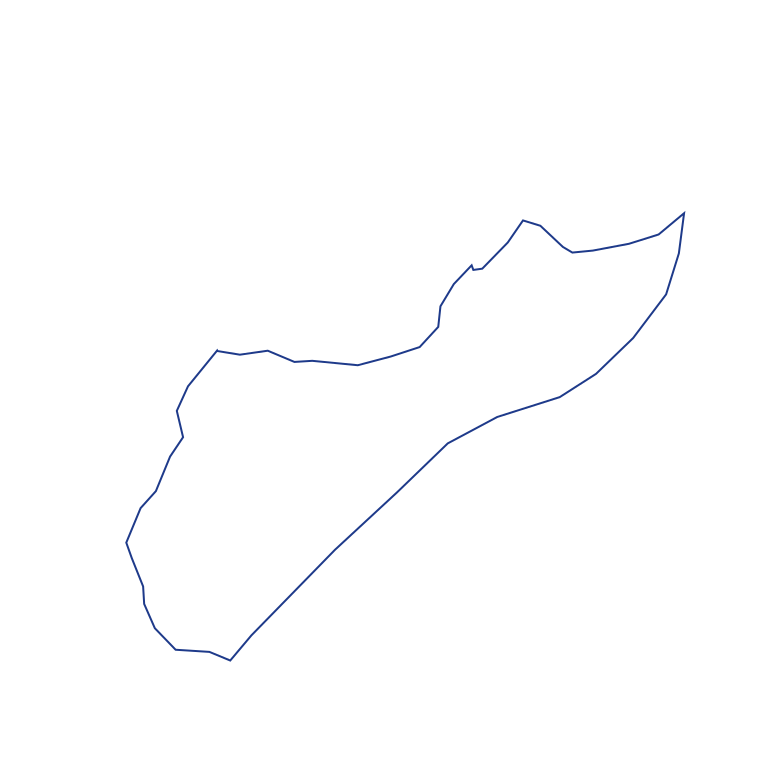 the district of Ystad, Skåne, Sweden, rotated 316°
{"feature_id": "70781695B99189289928954", "entity_name": "Ystad", "entity_type": "district", "adm_level": 2, "iso_a3": "SWE", "parent_name": "Sweden", "parent_adm1": "Skåne", "projection": "natural_earth1", "projection_center": [13.95, 55.495], "detail": "fine", "context": "isolated", "style": "outline", "palette": "blue", "viewbox_px": 768, "rotation_deg": 316, "n_neighbors": 0, "source": "geoboundaries", "source_scale": "gbopen_adm2", "svg_char_len": 758}
<svg xmlns="http://www.w3.org/2000/svg" viewBox="0 0 768 768"><g transform="rotate(316 384 384)"><path d="M529.5,359.5L503.7,360.6L478.6,367.3L462.7,380.6L435.3,382.2L407.9,368.9L378.2,352.3L348.5,317.5L334.9,305.9L323.5,279.3L300.7,262.8L287.0,244.5L287.2,244.0L241.4,249.5L216.3,259.4L202.5,282.7L179.7,287.6L145.5,302.6L122.7,304.2L110.5,309.5L88.4,319.1L81.6,334.1L70.1,362.3L58.7,375.6L49.5,400.5L49.5,430.4L72.3,455.4L81.3,476.1L114.0,472.7L233.7,469.2L318.2,471.0L388.6,471.0L442.6,486.4L501.3,515.5L543.6,524.0L595.2,524.0L649.2,515.5L686.8,494.9L718.5,469.6L685.4,467.2L657.6,453.3L626.9,433.1L610.8,420.3L607.9,409.7L606.4,378.8L597.6,362.9L571.3,368.2L534.8,369.3L527.5,364.0L529.5,359.5Z" fill="none" stroke="#1e3a8a" stroke-width="2"/></g></svg>